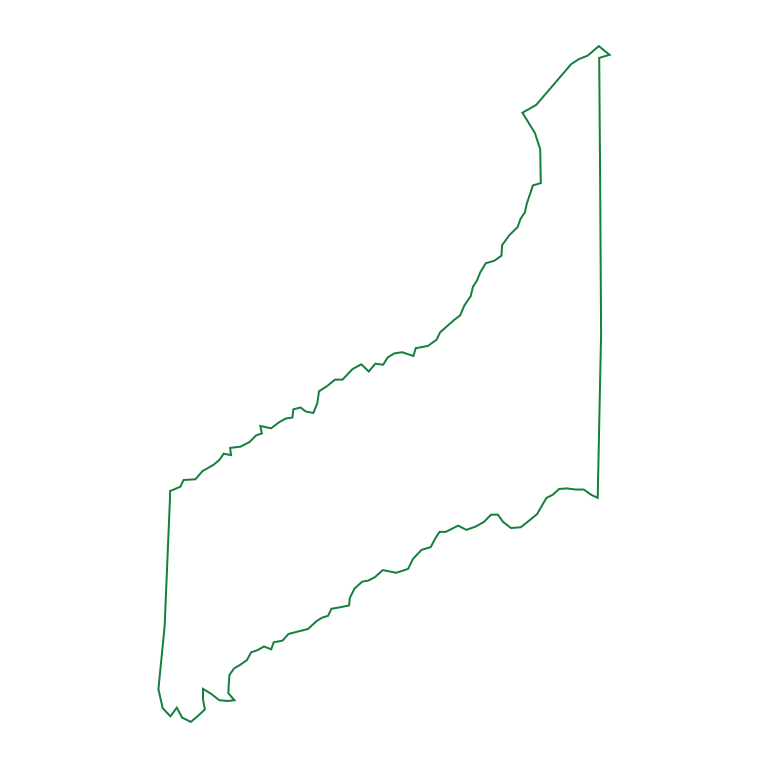 Rancho Alegre D'Oeste, Paraná, Brazil
{"feature_id": "56859067B11578412719697", "entity_name": "Rancho Alegre D'Oeste", "entity_type": "district", "adm_level": 2, "iso_a3": "BRA", "parent_name": "Brazil", "parent_adm1": "Paraná", "projection": "natural_earth1", "projection_center": [-52.974, -24.27], "detail": "fine", "context": "isolated", "style": "outline", "palette": "green", "viewbox_px": 768, "rotation_deg": 0, "n_neighbors": 0, "source": "geoboundaries", "source_scale": "gbopen_adm2", "svg_char_len": 1873}
<svg xmlns="http://www.w3.org/2000/svg" viewBox="0 0 768 768"><path d="M305.7,411.5L300.5,407.5L293.3,409.4L292.4,417.6L285.8,418.5L279.3,422.1L271.1,428.3L260.3,426.0L261.9,433.4L256.1,435.4L249.4,442.1L240.4,446.7L230.1,447.9L231.0,455.1L223.6,453.7L219.6,459.7L213.4,464.9L202.6,471.0L195.4,479.3L183.6,480.0L180.4,486.7L170.1,491.0L169.9,500.2L164.6,626.8L158.4,689.2L162.7,708.2L170.4,716.3L176.8,707.7L182.1,717.6L190.9,721.9L197.4,716.4L204.9,709.4L203.0,699.4L203.0,688.9L211.2,693.9L219.3,700.2L227.5,701.0L234.4,700.2L228.3,693.2L228.8,683.8L229.4,675.1L234.0,668.4L240.0,665.0L246.9,660.1L251.1,652.3L257.6,650.1L263.9,646.5L271.2,649.3L273.7,642.3L282.6,640.6L288.4,634.0L296.0,632.0L308.0,629.0L316.3,621.3L321.8,617.8L328.1,615.8L331.4,608.8L340.5,607.2L349.1,605.4L349.8,597.9L354.6,588.4L362.2,581.7L368.4,580.5L374.9,577.1L382.8,570.1L396.2,572.8L408.1,568.9L413.0,558.9L421.5,549.9L430.7,547.1L435.2,538.6L439.5,531.9L445.7,531.9L458.2,525.6L466.3,529.9L475.8,526.5L484.1,521.8L491.0,514.7L497.9,514.7L503.0,521.8L510.9,528.0L520.7,527.3L528.3,521.3L537.2,514.0L542.4,504.8L546.6,497.8L552.9,494.7L559.0,489.0L566.7,488.4L575.5,489.5L583.7,489.5L591.5,495.0L597.7,497.8L600.7,352.5L601.1,335.4L600.1,173.1L599.2,57.9L609.6,54.8L598.8,46.1L587.7,55.6L578.9,59.1L571.2,64.1L536.2,104.9L522.4,112.7L535.0,133.2L540.2,149.3L540.8,183.1L532.9,185.4L529.6,195.3L526.6,204.3L525.0,212.1L520.5,218.9L517.6,227.1L509.3,235.2L502.1,245.2L501.5,255.6L494.3,260.8L485.8,263.2L480.2,272.5L476.8,280.8L473.0,286.7L470.7,296.1L464.4,305.4L460.2,315.3L454.2,319.9L448.0,325.4L440.2,332.2L436.5,339.7L428.0,345.9L415.7,348.2L413.4,356.0L402.1,352.2L394.3,353.4L387.7,357.4L383.2,364.7L375.3,363.7L368.8,371.5L361.3,364.3L352.6,369.0L342.5,379.6L335.0,379.6L327.2,386.0L319.0,391.3L317.3,403.3L313.3,413.0L305.7,411.5Z" fill="none" stroke="#15803d" stroke-width="2"/></svg>